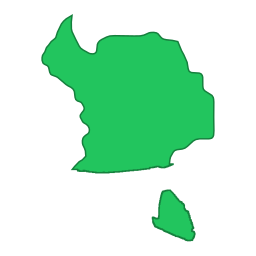 Villa Hermosa, La Romana, Dominican Republic (orthographic projection)
{"feature_id": "3306468B24610118168871", "entity_name": "Villa Hermosa", "entity_type": "district", "adm_level": 2, "iso_a3": "DOM", "parent_name": "Dominican Republic", "parent_adm1": "La Romana", "projection": "orthographic", "projection_center": [-69.03, 18.426], "detail": "fine", "context": "isolated", "style": "filled", "palette": "green", "viewbox_px": 256, "rotation_deg": 0, "n_neighbors": 0, "source": "geoboundaries", "source_scale": "gbopen_adm2", "svg_char_len": 5882}
<svg xmlns="http://www.w3.org/2000/svg" viewBox="0 0 256 256"><path d="M72.0,15.4L66.4,18.7L63.6,21.2L61.4,24.0L57.5,32.1L55.8,37.5L54.9,38.6L51.2,41.6L48.5,45.3L47.1,46.8L46.3,48.0L44.9,51.8L42.6,55.3L42.1,57.7L42.1,60.3L42.9,62.7L43.3,63.4L44.6,64.3L47.3,65.6L48.3,66.7L48.8,68.1L49.7,72.1L50.7,74.2L51.9,75.0L56.2,76.6L57.7,77.4L65.9,84.4L68.0,85.8L70.9,87.3L72.8,88.8L73.7,90.1L74.4,91.6L75.1,97.4L75.8,99.5L77.4,100.9L80.0,101.8L81.2,102.4L82.1,103.5L83.8,106.6L84.2,108.0L84.1,109.4L83.4,110.8L81.5,113.2L80.3,115.2L80.2,116.0L80.4,117.4L82.7,121.8L83.8,122.8L86.3,124.3L88.0,125.9L89.1,128.0L89.4,129.7L89.3,131.3L88.8,132.7L87.9,133.8L85.5,135.4L83.9,136.9L83.0,138.2L82.4,140.7L82.5,143.3L82.9,144.9L84.6,148.5L85.4,150.9L85.8,156.2L82.3,159.9L79.2,161.7L74.6,166.5L72.3,169.4L77.4,169.4L77.4,169.8L77.8,169.8L77.8,170.5L78.1,170.5L78.1,170.9L78.5,170.9L78.5,170.5L79.1,170.5L79.1,170.9L79.8,170.9L79.8,171.2L83.9,171.2L83.6,170.5L84.6,170.5L84.6,170.9L86.0,170.9L86.0,171.2L87.0,171.2L87.0,171.6L88.3,171.6L88.3,171.2L88.7,171.2L89.0,171.9L92.8,171.9L92.8,172.3L95.9,172.3L95.9,172.7L103.4,172.7L103.4,172.3L104.1,172.3L104.1,172.7L108.8,172.7L108.8,172.3L114.0,172.3L114.0,171.9L119.1,171.9L119.1,171.6L122.5,171.6L122.5,171.2L125.5,171.2L125.5,170.9L129.0,170.9L129.0,170.5L133.4,170.5L133.4,170.1L137.8,170.1L137.8,169.8L140.6,169.8L140.6,169.4L143.3,169.4L143.3,169.1L146.0,169.1L146.0,168.7L149.4,168.7L149.4,168.3L149.8,168.3L149.8,167.6L152.9,167.6L152.9,167.3L154.6,167.3L154.6,166.9L156.3,166.9L156.3,166.5L159.0,166.5L159.0,166.9L160.0,166.9L160.0,167.3L161.4,167.3L161.4,167.6L164.5,167.6L164.5,167.3L165.5,167.3L165.5,166.9L166.8,166.9L166.8,166.5L167.9,166.5L167.9,166.2L168.6,166.2L168.6,165.8L169.6,165.8L169.6,165.5L170.3,165.5L170.3,165.1L171.3,165.1L171.3,164.8L172.0,164.8L172.0,164.4L173.0,164.4L173.0,164.0L169.4,164.0L169.9,159.5L170.5,157.0L173.1,152.3L174.6,150.6L176.9,149.7L182.2,149.0L184.9,148.1L187.3,146.4L193.2,141.0L195.8,139.5L199.6,138.8L208.4,138.8L210.1,138.6L211.8,138.1L213.0,136.8L213.6,135.2L213.9,130.6L213.7,117.3L213.8,102.1L213.6,99.2L213.2,97.4L211.9,95.4L205.1,91.1L203.5,89.4L203.0,87.7L202.8,85.9L202.7,77.3L202.3,75.6L201.4,74.2L200.7,73.7L199.2,73.1L191.6,72.6L190.1,72.0L188.9,70.9L188.1,68.5L187.1,62.3L183.8,54.8L181.5,50.6L177.8,41.6L172.3,40.4L166.6,39.8L163.8,39.2L162.3,38.5L161.1,37.5L157.9,33.7L156.4,32.9L153.8,32.4L151.0,32.5L149.2,32.8L144.0,35.1L140.3,35.9L134.4,36.0L114.7,35.7L109.9,36.0L106.5,37.1L101.5,39.6L99.5,41.0L98.1,42.8L97.4,44.4L96.7,50.5L96.2,52.1L95.7,52.7L94.4,53.6L92.9,53.9L90.4,53.7L88.9,53.2L83.3,50.1L80.7,48.2L79.2,46.2L75.5,39.0L72.0,31.6L71.4,28.8L71.3,22.0L72.0,15.4ZM170.3,190.3L167.2,190.3L167.2,190.6L165.5,190.6L165.5,191.0L164.1,191.0L164.1,191.4L162.8,191.4L162.8,192.1L162.4,192.1L162.4,192.8L162.1,192.8L162.1,193.5L161.7,193.5L161.7,194.6L161.4,194.6L161.4,196.0L161.0,196.0L161.0,197.5L160.7,197.5L160.7,198.9L160.4,198.9L160.4,200.7L160.0,200.7L160.0,202.5L159.7,202.5L159.7,204.3L159.3,204.3L159.3,207.9L159.0,207.9L159.0,216.2L158.7,216.2L158.7,218.3L157.6,218.3L157.6,218.7L155.9,218.7L155.9,218.3L155.2,218.3L155.2,218.0L154.2,218.0L154.2,217.6L153.5,217.6L153.5,217.3L152.9,217.3L152.9,217.6L152.5,217.6L152.5,218.7L152.9,218.7L152.9,221.9L153.2,221.9L153.2,222.7L153.5,222.7L153.5,223.4L153.9,223.4L153.9,224.1L154.2,224.1L154.2,224.8L154.6,224.8L154.6,225.5L154.9,225.5L154.9,226.3L155.2,226.3L155.2,226.6L155.9,226.6L155.9,227.0L157.0,227.0L157.0,227.3L157.6,227.3L157.6,227.7L158.3,227.7L158.3,228.1L159.0,228.1L159.0,228.4L160.0,228.4L160.0,228.8L160.7,228.8L160.7,229.1L162.1,229.1L162.1,229.5L162.8,229.5L163.1,230.2L163.8,230.2L163.8,230.6L164.1,230.6L164.1,230.9L164.8,230.9L164.8,231.3L165.8,231.3L165.8,231.7L166.9,231.7L166.9,232.0L167.5,232.0L167.5,232.4L168.6,232.4L168.6,232.7L169.2,232.7L169.2,233.1L169.9,233.1L169.9,233.4L170.6,233.4L170.6,233.8L171.6,233.8L171.6,234.2L172.3,234.2L172.3,234.5L173.0,234.5L173.0,234.9L173.7,234.9L173.7,235.2L174.7,235.2L174.7,235.6L175.4,235.6L175.7,236.3L178.1,236.3L178.1,236.7L179.1,236.7L179.1,237.0L179.8,237.0L179.8,237.4L180.9,237.4L180.9,237.8L181.5,237.8L181.5,238.1L182.6,238.1L182.6,238.5L183.2,238.5L183.2,238.8L184.3,238.8L184.3,238.5L184.6,238.5L184.6,239.2L185.0,239.2L185.3,239.9L186.3,239.9L186.3,240.3L187.7,240.3L187.7,240.6L190.1,240.6L190.1,240.3L192.1,240.3L192.1,239.9L192.5,239.9L192.5,239.2L193.1,238.8L193.1,238.1L193.5,238.1L193.5,237.4L193.8,237.4L193.8,236.7L194.2,236.7L194.2,235.6L194.5,235.6L194.5,234.2L194.8,234.2L194.8,233.1L194.2,232.7L194.2,232.0L193.8,232.0L193.8,231.6L193.1,231.6L193.1,231.3L192.1,231.3L192.1,230.9L191.8,230.9L191.8,229.8L192.1,229.8L192.1,229.1L192.5,229.1L192.5,228.4L193.1,228.4L193.1,228.1L193.5,228.1L193.5,227.7L193.1,227.7L193.1,227.0L192.8,227.0L192.8,226.2L192.5,226.2L192.5,224.5L192.1,224.5L192.1,223.7L191.8,223.7L191.8,223.4L191.4,223.4L191.8,222.7L191.4,222.7L191.4,221.6L191.1,221.6L191.1,220.1L190.4,220.1L190.4,219.8L190.1,219.8L190.1,217.6L189.7,217.6L189.7,216.9L189.4,216.9L189.7,216.2L189.4,216.2L189.4,215.5L189.0,215.5L189.0,214.0L188.7,214.0L188.7,213.3L188.4,213.3L188.4,212.9L188.0,212.9L188.0,212.2L188.4,212.2L188.4,211.5L187.3,211.5L187.3,211.1L186.7,211.1L186.7,210.8L186.0,210.8L186.0,210.4L185.6,210.4L185.3,209.7L184.9,209.7L184.9,208.6L184.3,208.6L184.3,205.4L183.9,205.4L183.9,204.3L183.2,204.0L183.2,203.6L182.2,203.6L182.2,203.2L181.9,203.2L181.9,202.2L181.2,202.2L181.2,201.8L180.2,201.8L180.2,201.4L179.5,201.4L179.1,200.7L178.5,200.4L178.5,199.6L178.1,199.6L177.8,198.9L177.4,198.9L177.4,198.6L177.1,198.6L176.8,197.8L176.4,197.8L176.4,197.1L175.7,196.8L175.7,196.4L175.4,196.4L175.0,195.7L174.7,195.7L174.7,195.0L174.4,195.0L174.4,194.6L173.7,194.2L173.3,193.5L173.0,193.5L172.7,192.8L172.0,192.4L172.0,192.1L171.3,191.7L170.9,191.0L170.6,191.0L170.3,190.3Z" fill="#22c55e" stroke="#15803d" stroke-width="1.5"/></svg>